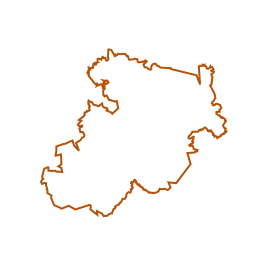 Choix, Sinaloa, Mexico, rotated 77°
{"feature_id": "50627088B30969401121850", "entity_name": "Choix", "entity_type": "district", "adm_level": 2, "iso_a3": "MEX", "parent_name": "Mexico", "parent_adm1": "Sinaloa", "projection": "mercator", "projection_center": [-108.281, 26.663], "detail": "fine", "context": "isolated", "style": "outline", "palette": "amber", "viewbox_px": 256, "rotation_deg": 77, "n_neighbors": 0, "source": "geoboundaries", "source_scale": "gbopen_adm2", "svg_char_len": 5773}
<svg xmlns="http://www.w3.org/2000/svg" viewBox="0 0 256 256"><g transform="rotate(77 128 128)"><path d="M83.9,45.1L101.8,48.0L92.0,49.4L80.4,72.5L80.1,72.9L79.9,72.6L79.4,72.7L76.5,82.6L75.5,83.7L74.9,83.9L73.7,85.8L72.1,86.3L71.5,87.0L71.3,88.7L71.8,90.1L73.6,91.6L75.8,92.0L76.2,92.6L76.1,93.5L74.9,94.9L73.1,96.3L72.7,97.8L72.1,98.3L69.7,98.6L67.3,94.8L66.0,95.8L67.1,98.8L66.7,99.1L66.5,100.1L66.6,102.6L65.8,103.6L63.0,103.5L62.7,104.6L61.9,105.8L62.3,107.6L61.9,110.3L61.4,111.7L57.9,111.9L57.6,112.3L57.6,113.1L55.2,114.0L54.5,116.9L54.5,118.3L53.4,121.1L54.4,122.0L54.8,123.7L53.9,123.9L54.7,124.7L48.5,126.6L47.6,127.8L47.1,129.4L54.1,131.5L56.1,131.5L56.6,131.7L57.5,132.9L57.4,134.1L56.4,134.4L54.7,134.2L54.5,135.8L53.0,136.6L53.5,137.4L54.0,137.4L54.5,138.2L55.4,138.8L54.6,139.3L54.5,140.1L53.9,140.7L53.8,142.0L56.0,142.6L57.2,143.4L57.3,143.2L57.5,144.5L57.1,145.0L57.3,145.4L57.7,145.7L58.3,145.6L58.2,144.4L59.0,144.9L58.7,145.9L57.4,146.4L57.7,147.0L58.2,146.5L58.3,147.0L59.7,147.7L59.5,148.0L61.3,148.4L61.1,148.9L61.5,149.2L61.1,149.8L61.4,150.7L61.0,152.1L60.5,152.3L61.0,152.6L62.7,151.8L62.8,152.4L62.1,152.8L62.7,152.8L63.4,154.0L64.0,153.8L64.7,154.7L64.8,154.2L64.4,153.6L64.5,153.4L65.4,153.6L65.9,154.6L67.3,154.6L67.6,154.2L68.4,154.6L77.7,150.1L77.7,148.3L80.0,149.2L79.6,148.3L79.8,147.6L79.3,146.6L79.6,146.4L79.3,145.0L80.1,144.0L79.8,143.1L79.1,142.9L79.2,141.7L78.3,141.1L76.8,140.9L76.1,141.4L77.2,138.9L76.8,138.1L78.0,137.1L79.1,136.7L79.8,137.5L80.1,139.0L79.6,139.6L79.7,140.0L79.4,140.1L79.5,140.5L78.8,140.9L79.4,141.5L80.1,140.5L80.3,141.1L79.6,141.6L80.3,142.7L80.7,142.2L81.8,143.3L82.0,143.1L83.3,143.5L83.1,142.6L82.6,142.4L82.6,141.5L83.5,142.0L84.2,141.7L86.4,144.0L90.7,144.5L91.5,143.4L91.9,143.5L91.5,141.5L96.7,140.0L96.7,138.9L97.8,137.7L98.2,136.2L99.4,134.9L99.2,132.9L106.5,133.1L110.6,140.1L109.4,140.5L106.1,145.0L105.2,143.7L104.6,143.8L103.2,144.9L103.1,146.2L101.1,147.8L98.3,147.7L100.2,152.0L98.8,153.7L97.7,156.2L94.5,157.5L94.2,158.6L92.5,160.2L94.4,161.1L95.2,160.8L95.7,161.1L96.2,160.6L97.0,160.9L98.4,160.4L99.1,161.2L99.4,161.0L100.8,161.5L101.7,161.2L102.4,162.4L102.5,163.8L102.2,164.2L102.9,164.5L103.3,165.5L103.1,166.7L104.1,167.2L105.3,167.1L105.9,167.9L106.4,168.1L109.1,174.0L110.5,171.9L113.2,176.0L115.0,175.4L115.3,172.1L116.2,172.4L117.4,175.4L121.4,175.3L121.7,173.0L124.1,172.1L125.7,172.3L126.7,173.0L127.1,174.8L129.1,177.0L130.8,182.0L139.2,180.9L132.9,184.5L127.8,184.9L128.4,189.0L129.2,192.1L129.1,194.3L129.9,202.0L133.3,202.7L138.7,204.7L138.7,199.2L148.3,201.0L149.7,204.5L151.9,201.9L156.1,202.0L154.8,205.5L154.9,206.4L154.0,208.2L153.3,208.4L152.6,212.4L151.7,215.1L148.4,214.5L148.2,215.4L148.7,218.1L149.1,219.0L155.6,222.3L157.3,222.7L158.5,222.0L159.2,223.4L160.9,224.9L163.3,224.3L162.6,222.0L163.4,220.2L165.2,220.7L168.8,220.5L169.5,221.0L170.6,220.4L173.3,221.2L176.4,217.8L179.2,218.6L186.6,217.3L189.8,212.9L191.7,210.9L190.4,203.2L195.5,197.7L194.3,182.7L195.4,181.7L198.9,182.9L205.7,177.4L202.0,176.9L205.5,172.6L208.5,171.4L208.3,170.6L208.9,168.4L207.4,165.2L207.6,162.9L207.0,162.8L205.5,161.4L203.9,160.6L203.4,158.8L202.9,158.8L202.5,158.0L201.6,158.1L201.1,157.5L200.5,153.9L199.3,153.3L199.4,152.7L198.5,151.3L195.9,149.4L196.3,147.2L195.9,146.4L194.1,145.0L192.5,144.6L191.3,143.4L190.6,141.8L191.5,140.2L190.2,139.2L188.4,139.2L188.6,137.9L186.9,136.6L186.4,137.3L185.3,137.5L184.7,137.3L184.3,136.5L183.0,136.2L182.3,137.4L181.7,137.1L181.3,136.5L181.8,135.6L181.7,134.9L180.1,133.5L180.3,132.9L180.9,132.4L181.2,132.7L182.1,132.2L182.4,132.5L182.6,132.2L183.4,132.3L183.5,131.9L184.0,132.1L185.0,131.1L185.4,131.3L185.9,131.0L186.2,130.3L185.9,129.8L186.6,129.8L186.6,129.3L187.2,129.0L188.1,129.0L188.4,128.2L188.9,128.1L189.0,127.2L191.5,126.9L191.8,125.3L192.2,125.5L192.9,124.2L195.5,122.3L195.3,121.9L196.0,121.4L196.0,120.3L196.9,118.9L196.7,118.3L197.2,117.3L197.2,114.9L196.7,112.7L194.3,110.8L195.2,109.2L195.6,105.8L197.4,103.1L195.5,100.0L190.1,100.8L192.6,93.5L177.2,75.1L165.8,75.8L166.8,68.6L166.3,68.1L166.4,66.0L166.0,65.5L165.0,65.3L163.7,68.1L163.1,68.7L160.2,68.8L159.5,69.5L159.6,71.6L158.8,72.2L158.2,72.0L157.3,68.4L156.7,67.6L156.3,67.6L156.0,68.2L155.3,68.5L153.6,66.8L151.3,66.0L151.2,66.3L152.4,69.9L152.2,70.6L151.6,71.2L150.8,71.2L149.7,70.6L148.3,68.1L146.1,66.0L146.8,63.8L146.7,62.9L147.3,61.6L147.0,59.9L145.9,59.1L146.1,58.0L146.5,57.6L145.9,57.1L146.3,56.6L145.9,56.3L146.1,55.2L144.9,53.8L145.0,52.5L147.0,51.2L148.8,50.9L148.7,49.1L149.5,49.4L149.4,47.6L150.5,47.5L150.6,46.9L151.0,46.9L151.3,46.2L151.2,46.7L152.0,46.9L152.7,46.2L153.3,46.7L153.7,46.7L153.7,46.0L154.3,46.1L155.4,45.6L155.4,45.2L155.8,45.4L155.7,44.7L156.2,43.6L157.3,43.4L156.8,43.1L157.2,42.7L157.2,42.0L157.5,41.8L156.7,40.1L156.8,39.5L155.9,39.2L156.1,38.7L155.4,38.1L155.3,36.8L154.3,35.6L154.2,35.1L154.9,35.2L154.3,34.4L154.3,33.7L153.3,32.8L152.6,33.9L151.8,33.5L150.8,33.6L150.4,33.0L149.7,34.1L147.1,34.9L145.7,33.8L143.6,31.1L143.2,31.1L142.5,31.9L141.5,31.3L139.6,32.8L139.7,33.2L139.1,33.4L139.2,34.3L138.6,34.4L138.7,35.0L137.1,35.4L137.0,35.8L136.3,36.1L136.1,37.0L133.8,38.7L132.3,38.1L132.7,35.0L131.4,35.2L129.4,32.5L128.5,32.9L126.4,33.0L125.9,34.0L125.0,34.8L124.2,36.6L124.4,37.4L125.1,38.2L125.2,39.6L124.5,40.3L123.9,39.9L122.6,40.7L121.4,39.6L120.8,38.4L119.3,37.1L118.7,36.1L113.8,36.0L105.1,38.4L105.1,37.7L104.2,36.7L102.9,36.6L101.6,35.7L98.8,35.0L97.5,34.3L94.8,34.9L94.1,34.4L93.9,33.0L92.6,31.6L91.5,32.7L91.4,33.8L91.0,34.0L90.1,31.6L89.6,31.9L89.1,31.7L87.3,32.7L87.5,33.5L86.4,33.8L87.8,34.7L88.3,36.4L88.1,37.4L87.5,37.9L87.0,37.7L85.1,38.4L85.0,39.2L84.1,39.7L84.3,40.7L84.0,40.8L83.5,40.0L83.4,40.8L83.1,41.1L83.5,41.3L84.1,42.7L83.5,43.8L83.9,45.1Z" fill="none" stroke="#b45309" stroke-width="2"/></g></svg>